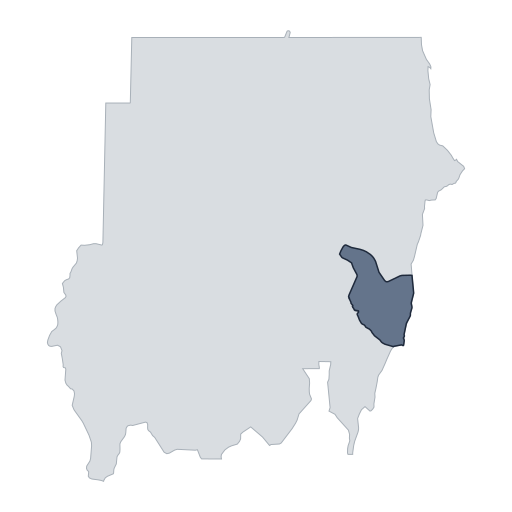 where Gedarif sits in Sudan
{"feature_id": "SDN-876", "entity_name": "Gedarif", "entity_type": "State", "adm_level": 1, "iso_a3": "SDN", "parent_name": "Sudan", "parent_adm1": "", "projection": "equal_earth", "projection_center": [34.825, 14.186], "detail": "fine", "context": "in_parent", "style": "filled", "palette": "slate", "viewbox_px": 512, "rotation_deg": 0, "n_neighbors": 0, "source": "natural_earth", "source_scale": "10m", "svg_char_len": 5656}
<svg xmlns="http://www.w3.org/2000/svg" viewBox="0 0 512 512"><path d="M352.7,454.4L348.0,454.4L347.5,452.9L347.6,448.8L348.1,445.8L349.8,440.9L349.4,438.2L349.6,434.4L348.4,430.1L337.2,417.7L335.0,414.3L329.0,411.1L330.1,407.6L327.6,382.2L328.9,379.3L329.2,374.8L329.2,370.9L330.7,364.4L330.8,361.7L318.9,361.5L318.8,364.3L319.3,367.4L319.3,368.6L302.7,368.7L309.3,378.7L309.6,383.1L309.2,388.5L309.3,392.0L309.6,394.3L311.4,398.7L311.3,399.6L310.9,400.6L299.0,413.9L297.1,420.1L295.5,423.3L292.0,428.8L281.2,443.0L279.4,444.0L271.2,444.5L270.4,444.8L269.8,445.5L269.4,445.3L262.5,437.0L250.7,426.9L242.9,432.1L240.7,434.1L240.6,438.9L239.5,441.4L237.3,444.1L231.6,445.8L228.5,447.2L224.9,449.9L221.4,454.5L221.1,456.9L221.5,459.0L201.6,458.9L200.3,457.2L197.4,449.7L195.4,450.2L177.2,449.3L174.6,450.1L169.4,453.1L166.8,453.7L164.1,452.2L154.7,437.4L152.6,435.6L150.5,432.1L148.5,430.6L147.8,429.4L147.6,427.8L147.7,424.6L147.0,422.6L145.5,422.1L132.6,425.5L130.8,425.1L128.1,425.7L127.2,426.4L126.1,428.3L125.8,432.4L125.5,434.4L124.5,436.6L120.8,441.7L119.9,443.9L120.0,449.4L119.8,452.2L119.2,453.5L117.6,455.6L117.0,456.9L116.3,463.9L114.2,468.2L113.8,469.8L113.6,472.9L113.3,473.8L107.4,476.3L105.3,477.8L103.9,480.2L103.6,481.3L101.1,480.4L97.9,479.8L91.8,479.0L89.4,477.9L88.3,476.2L88.7,471.9L88.1,471.0L87.2,470.2L86.5,468.4L86.7,466.1L89.9,461.1L90.6,458.5L91.6,446.0L91.4,442.2L89.0,435.2L83.3,423.2L81.9,420.8L74.8,410.9L73.9,409.5L72.2,405.3L74.3,396.1L74.5,393.6L74.0,391.0L72.2,389.0L70.6,388.8L68.4,386.3L67.1,385.2L65.8,383.1L65.0,380.1L65.8,369.3L65.4,367.9L63.6,367.5L63.1,366.7L63.2,364.6L62.3,358.5L61.3,353.4L62.0,350.6L60.5,346.8L57.5,345.2L51.7,346.4L49.9,346.2L48.7,345.5L47.8,344.1L47.4,342.4L47.9,339.9L49.6,335.4L51.7,331.6L56.0,328.2L57.1,326.4L57.8,324.4L57.9,322.0L57.7,319.6L57.3,317.4L56.1,314.4L55.0,311.0L55.0,308.6L55.6,306.9L56.8,304.9L61.0,301.0L65.3,297.7L66.0,296.5L65.8,295.1L63.9,292.4L63.4,287.2L62.4,283.5L64.6,280.8L66.2,279.8L68.7,278.9L69.7,277.8L70.0,275.6L70.0,273.5L70.9,271.9L72.1,268.6L73.1,267.0L76.4,263.1L77.2,260.6L77.5,258.1L76.7,250.7L78.7,247.7L81.1,245.1L84.5,245.3L89.8,244.7L93.5,243.7L96.1,243.7L101.9,245.1L102.5,244.5L102.9,242.5L105.8,103.0L129.9,103.0L130.3,102.8L131.8,37.5L283.4,37.5L284.6,37.3L287.1,31.2L288.1,30.7L289.6,31.1L290.2,32.5L288.9,37.5L421.2,37.4L421.5,44.9L422.6,50.8L426.4,59.4L429.6,63.9L430.8,66.5L430.9,67.7L430.8,68.7L429.8,67.5L428.1,66.6L427.9,70.6L428.7,78.8L430.1,84.6L429.2,89.9L429.4,98.9L431.1,109.7L430.8,116.6L433.7,132.8L436.4,141.7L437.9,143.9L439.6,145.1L442.8,145.9L447.5,150.4L451.3,155.3L452.7,157.8L454.5,160.6L455.7,160.1L456.5,159.3L457.7,161.6L463.7,166.4L464.6,168.7L462.5,170.9L460.0,174.7L458.8,178.2L458.2,179.3L456.2,181.5L455.9,182.6L455.1,183.3L454.1,183.3L452.1,184.5L450.3,184.1L448.4,184.8L447.8,185.6L446.3,186.4L444.3,186.8L441.2,189.8L438.5,191.2L437.6,192.4L436.2,198.4L435.2,199.9L431.2,200.1L429.3,200.6L426.6,199.9L425.3,200.0L425.0,201.3L424.5,206.4L424.6,208.6L422.4,214.4L423.0,225.3L420.9,233.5L420.6,235.4L418.4,241.9L417.3,244.3L414.5,256.4L413.4,260.2L411.1,264.1L413.6,293.3L411.6,302.3L411.7,307.2L410.3,314.4L409.2,317.8L407.4,321.8L405.9,326.3L404.6,332.3L403.8,343.6L403.3,344.6L396.2,346.0L394.0,346.8L392.4,348.0L390.6,350.9L387.0,358.9L385.0,363.7L382.0,370.4L378.6,375.1L377.8,377.4L377.2,381.7L375.9,388.5L374.8,393.3L375.0,397.1L373.9,403.9L374.0,407.1L372.8,409.0L371.2,410.7L370.0,411.1L365.0,406.6L361.5,409.7L359.3,414.1L357.6,418.5L358.6,427.8L358.5,429.8L358.0,432.1L354.7,441.2L353.7,445.4L352.7,452.7L352.7,454.4Z" fill="#d9dde1" stroke="#a8b0b8" stroke-width="1"/><path d="M411.5,309.4L410.5,312.8L410.4,313.4L410.4,315.3L410.1,316.3L406.4,323.3L404.1,334.3L404.1,335.0L404.3,335.5L404.4,335.8L404.4,336.1L404.2,336.6L403.8,337.1L403.5,337.6L403.5,338.4L404.1,339.7L404.2,340.2L404.2,341.0L403.7,344.7L403.5,345.4L403.1,345.6L402.5,345.4L402.2,345.2L401.9,344.9L401.6,344.9L401.4,344.9L393.9,346.3L393.3,346.6L393.2,346.6L384.9,344.2L382.5,342.9L381.5,342.1L380.8,341.2L380.1,340.2L379.7,339.8L374.4,335.7L374.2,335.4L373.4,334.3L372.1,332.7L371.3,331.1L370.8,330.5L369.8,329.5L369.2,329.0L368.8,328.8L368.5,328.7L366.2,327.4L365.8,327.1L365.6,326.9L365.5,326.7L364.8,325.5L364.5,325.2L364.2,325.0L363.9,324.8L363.0,324.4L361.9,323.8L361.4,323.3L359.5,320.1L358.1,316.4L357.4,315.0L357.3,314.7L357.2,314.4L357.2,314.0L357.3,313.7L357.4,313.4L357.8,313.0L358.0,312.8L358.2,312.6L358.3,312.4L358.5,312.1L358.5,311.7L358.5,311.4L358.5,311.2L358.4,310.9L358.2,310.9L357.7,311.0L357.2,310.9L357.0,310.5L356.9,310.4L356.7,310.4L356.3,310.7L356.0,310.7L355.7,310.6L355.2,310.2L354.8,309.9L354.7,310.2L354.3,309.9L353.5,308.1L353.3,307.9L353.1,307.8L352.9,307.6L352.8,307.3L352.7,306.9L352.4,306.3L352.4,306.1L352.5,306.0L352.7,305.9L352.8,305.8L352.8,305.6L352.7,305.4L352.5,305.0L351.4,303.8L351.2,303.5L351.0,303.2L351.0,302.9L350.9,302.2L350.6,301.5L350.4,301.1L349.6,299.4L349.5,299.1L349.1,298.6L349.0,298.4L349.1,298.2L349.3,298.2L349.2,297.8L349.0,297.7L348.8,297.4L348.7,297.1L348.6,296.5L349.1,294.8L357.1,276.5L357.1,275.2L356.9,274.5L353.3,267.8L351.6,263.1L351.6,262.9L347.4,260.1L342.6,257.9L341.8,257.3L339.6,254.1L340.9,250.9L343.0,247.0L344.2,245.6L345.2,245.0L345.9,245.0L351.4,247.5L359.9,249.3L363.4,250.4L366.4,251.8L370.4,254.5L371.7,255.7L372.8,256.9L373.8,258.2L375.1,260.5L375.6,261.5L379.0,272.3L384.6,280.5L385.9,281.6L387.0,281.8L388.4,281.5L400.0,275.9L402.0,275.4L410.6,275.2L412.0,275.4L412.3,278.6L412.7,282.8L413.1,287.0L413.7,293.1L411.4,302.2L411.3,302.9L411.3,303.8L411.5,304.6L411.9,306.3L412.0,307.9L411.5,309.4Z" fill="#64748b" stroke="#1e293b" stroke-width="1.5"/></svg>